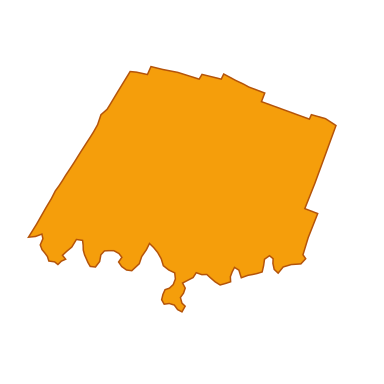 Xavantina, Santa Catarina, Brazil (Albers equal-area conic projection), rotated 204°
{"feature_id": "56859067B40030649265518", "entity_name": "Xavantina", "entity_type": "district", "adm_level": 2, "iso_a3": "BRA", "parent_name": "Brazil", "parent_adm1": "Santa Catarina", "projection": "albers", "projection_center": [-52.319, -27.015], "detail": "fine", "context": "isolated", "style": "filled", "palette": "amber", "viewbox_px": 384, "rotation_deg": 204, "n_neighbors": 0, "source": "geoboundaries", "source_scale": "gbopen_adm2", "svg_char_len": 1760}
<svg xmlns="http://www.w3.org/2000/svg" viewBox="0 0 384 384"><g transform="rotate(204 192 192)"><path d="M99.8,313.3L114.4,311.2L114.4,306.3L165.3,302.8L165.8,312.0L182.9,311.0L188.7,311.5L197.5,311.7L211.0,312.7L211.2,307.0L230.7,303.5L231.4,298.0L253.6,295.5L268.7,292.0L280.5,289.9L280.5,281.2L291.5,278.9L297.5,276.9L300.6,253.5L302.5,238.0L303.2,233.0L306.6,225.6L305.6,215.1L306.4,206.7L307.3,200.4L308.4,193.5L309.9,183.8L311.7,170.9L312.6,165.3L314.2,155.9L315.0,149.7L316.0,143.5L317.3,137.5L317.8,128.5L319.0,118.6L320.9,99.4L323.0,84.2L316.9,87.7L312.0,92.5L309.2,88.7L309.1,81.9L305.6,78.4L301.6,76.4L297.8,74.2L294.7,70.7L289.1,72.3L285.0,71.2L283.2,75.7L280.1,79.2L284.6,81.5L282.3,86.9L279.4,92.9L278.3,101.6L272.3,103.3L269.8,99.1L267.7,94.7L264.6,90.9L261.5,88.1L258.3,85.2L254.7,82.6L249.7,84.2L248.1,90.9L249.7,97.6L248.0,102.6L244.1,104.6L239.5,106.6L233.7,106.1L229.5,103.8L230.6,98.2L225.9,95.3L220.1,94.1L215.0,95.6L211.0,105.0L211.7,112.5L210.2,120.6L209.9,127.7L204.5,125.7L198.8,122.8L193.0,118.5L188.2,113.0L181.5,111.3L174.9,111.1L171.8,105.8L171.5,99.8L173.5,95.0L176.9,91.8L176.9,86.6L175.9,81.2L171.8,78.2L167.4,80.9L162.2,81.5L157.3,78.7L152.4,78.4L151.8,84.9L156.0,86.4L159.7,90.9L158.6,96.1L159.1,101.4L163.6,105.0L159.8,109.8L156.2,114.3L155.3,120.0L149.4,120.5L144.9,122.7L140.2,121.1L134.2,119.3L128.5,118.5L123.9,122.3L120.2,125.7L122.5,130.2L122.8,135.4L122.5,140.4L117.4,139.7L112.1,133.7L106.9,138.7L103.2,141.2L99.4,144.0L95.4,147.5L96.6,153.7L98.4,160.1L95.3,165.3L90.8,164.1L89.0,159.6L85.4,154.7L80.3,152.9L78.2,160.6L71.8,166.1L63.3,170.6L61.0,177.3L65.1,179.8L67.3,197.7L68.4,223.4L82.2,222.7L83.3,250.0L85.5,282.3L86.0,289.3L87.5,311.3L99.8,313.3Z" fill="#f59e0b" stroke="#b45309" stroke-width="1.5"/></g></svg>